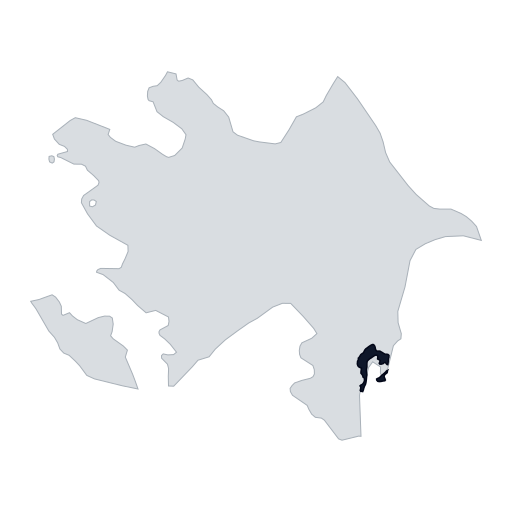 Lankaran District, Lankaran, Azerbaijan shown in context
{"feature_id": "54616110B17009633679109", "entity_name": "Lankaran District", "entity_type": "district", "adm_level": 2, "iso_a3": "AZE", "parent_name": "Azerbaijan", "parent_adm1": "Lankaran", "projection": "equal_earth", "projection_center": [49.011, 39.075], "detail": "fine", "context": "in_parent", "style": "filled", "palette": "ink", "viewbox_px": 512, "rotation_deg": 0, "n_neighbors": 0, "source": "geoboundaries", "source_scale": "gbopen_adm2", "svg_char_len": 4974}
<svg xmlns="http://www.w3.org/2000/svg" viewBox="0 0 512 512"><path d="M361.0,436.3L358.7,436.1L342.0,440.2L338.6,438.9L324.4,420.2L321.4,418.1L315.3,417.3L311.7,414.2L308.8,409.2L307.2,405.4L292.5,395.3L290.4,391.6L290.1,388.4L292.2,385.4L294.7,382.9L301.9,380.4L310.3,378.3L313.0,376.7L314.4,374.0L314.3,369.7L312.9,365.5L300.9,357.8L299.6,354.4L299.3,350.4L300.0,346.1L301.9,342.8L311.7,338.3L316.9,333.6L313.7,328.4L303.2,316.4L290.7,303.4L282.4,303.3L272.7,307.1L257.3,318.3L248.7,323.0L237.5,330.9L225.4,339.8L215.3,349.1L209.1,356.8L198.0,360.2L192.4,366.7L173.7,386.2L168.5,386.0L168.3,376.3L168.6,368.6L167.5,364.2L161.6,358.2L161.5,355.6L163.2,353.9L167.8,354.9L173.6,354.6L176.5,352.2L170.3,344.3L164.7,338.9L160.0,335.4L159.0,333.2L159.0,331.7L160.0,329.9L168.2,325.5L169.0,321.5L168.5,317.0L155.7,310.4L146.1,312.8L137.5,305.4L132.1,299.7L125.2,293.6L119.1,290.2L113.3,282.5L103.1,274.6L96.6,272.3L96.7,271.1L97.9,269.6L100.7,268.4L119.0,268.7L121.3,267.3L122.5,263.9L125.0,258.9L128.1,251.5L127.9,245.3L109.7,235.2L96.5,226.0L87.5,213.8L81.4,202.7L81.7,199.0L83.6,195.5L98.0,185.2L99.0,182.6L98.7,180.8L93.7,175.6L87.4,170.2L85.5,166.2L81.5,164.2L73.9,164.1L60.6,157.5L57.8,156.8L57.2,155.5L57.9,154.2L67.5,151.5L67.4,149.3L64.5,146.4L59.2,144.3L54.4,139.0L52.7,134.3L70.2,120.5L75.3,117.7L86.6,120.3L109.8,129.4L108.1,134.5L110.4,137.4L115.7,141.3L126.0,145.2L134.7,147.2L139.1,145.5L145.9,144.0L154.5,148.6L162.5,154.3L166.5,156.7L168.6,157.4L174.7,155.5L182.2,148.0L185.2,139.1L186.0,134.7L181.8,128.8L173.1,122.3L163.3,116.7L157.0,111.7L153.1,101.8L149.1,100.7L148.1,99.5L147.4,96.1L147.7,91.4L149.1,87.8L153.1,86.3L157.2,85.7L160.8,82.3L165.5,75.5L167.5,71.8L176.0,73.9L177.1,80.0L178.6,81.2L182.2,80.5L188.1,78.0L192.8,79.9L198.7,87.1L207.0,94.7L211.5,99.8L213.3,103.4L217.5,106.8L223.7,110.8L228.7,117.1L233.0,131.8L237.5,135.2L253.6,140.8L259.3,141.9L275.2,143.9L280.8,142.5L289.0,129.8L296.4,116.8L303.3,114.1L315.8,107.8L323.2,101.9L326.3,95.5L333.4,83.4L337.7,76.6L345.0,82.6L357.6,99.0L375.7,125.6L380.1,133.2L383.1,141.9L385.6,152.6L389.7,162.0L408.2,185.7L416.2,194.5L429.2,205.9L433.8,208.4L439.9,209.1L451.0,209.1L461.3,213.6L466.4,216.7L471.7,221.2L476.5,226.5L481.3,240.4L463.4,235.8L445.4,236.6L435.2,239.6L425.4,243.7L415.9,249.4L410.0,260.7L405.0,286.9L397.8,311.4L398.1,322.7L401.3,333.7L400.9,338.8L397.6,341.0L393.4,345.7L387.8,368.3L385.0,372.8L381.4,375.6L380.4,372.9L380.6,367.0L372.7,361.8L368.5,367.6L365.7,380.1L359.8,393.2L359.5,395.7L361.0,436.3ZM95.5,205.0L96.3,201.5L94.1,200.0L91.7,199.9L89.6,201.6L89.6,206.0L92.4,206.8L95.5,205.0ZM34.6,306.9L31.9,303.3L30.7,301.3L38.7,299.6L52.1,294.8L55.6,297.1L59.4,302.1L61.3,306.3L61.5,314.1L63.0,315.4L69.5,312.7L72.4,315.9L77.3,319.7L85.8,323.5L98.3,317.6L104.5,316.1L109.6,316.2L112.3,318.0L113.2,324.1L112.1,331.7L110.6,335.8L113.2,338.8L123.3,346.0L127.4,350.1L125.3,357.1L132.6,374.2L135.1,380.8L138.0,389.0L122.4,385.8L94.5,378.9L86.8,375.4L79.7,365.8L75.4,361.2L69.1,355.3L63.8,353.1L59.9,349.0L57.7,342.9L54.5,337.4L48.8,331.0L36.2,309.2L34.6,306.9ZM54.0,161.9L52.2,163.1L49.6,161.9L48.9,159.2L49.1,156.4L51.8,155.8L53.9,156.6L54.4,159.1L54.0,161.9Z" fill="#d9dde1" stroke="#a8b0b8" stroke-width="1"/><path d="M358.3,358.2L358.4,358.6L358.2,360.2L357.5,361.2L357.5,362.1L357.3,363.4L357.4,364.4L357.7,365.3L358.2,366.3L359.1,367.1L359.8,367.4L360.7,367.9L361.5,368.2L361.3,369.0L361.2,370.2L361.0,371.2L361.0,372.2L360.9,373.1L361.7,374.1L362.4,375.0L362.8,376.0L363.0,377.1L363.9,377.7L364.4,378.5L364.4,379.5L364.4,381.0L363.9,382.1L363.4,383.1L362.3,384.4L360.8,385.1L360.0,385.9L360.8,387.0L360.6,389.0L360.2,390.3L360.6,391.2L362.7,391.6L363.4,389.9L363.8,388.2L364.6,386.0L365.4,384.6L365.9,382.8L366.2,380.8L366.4,379.1L366.6,376.8L366.9,374.9L366.6,373.1L366.4,371.3L366.4,369.5L366.9,367.0L366.9,364.3L366.9,363.2L367.2,361.3L368.2,360.1L369.1,359.3L370.3,358.4L371.4,357.8L372.4,357.0L373.9,356.0L374.9,355.4L375.9,355.1L376.8,355.2L377.7,356.0L377.8,357.4L377.6,358.3L377.6,359.0L379.2,359.8L380.1,360.5L379.7,362.3L379.2,363.2L379.8,364.1L381.2,364.2L383.2,363.6L383.9,362.8L385.3,362.4L386.4,363.9L387.3,364.7L387.8,364.6L388.0,363.5L388.2,362.1L388.3,360.6L388.5,358.6L388.9,357.4L389.0,355.4L388.1,354.5L386.9,354.2L385.1,354.2L384.0,353.6L382.3,352.5L380.7,351.6L379.9,351.1L378.7,351.1L376.7,351.1L376.3,350.7L375.7,349.7L375.4,348.7L375.1,347.1L374.7,346.0L373.6,344.6L372.4,344.5L371.1,345.1L369.8,345.9L368.5,346.8L367.1,347.9L365.8,348.8L364.8,350.0L364.2,351.2L363.4,352.8L362.1,353.6L360.8,354.6L360.2,355.6L359.5,356.8L358.5,358.1L358.3,358.2ZM387.6,370.4L386.6,370.9L386.0,371.6L385.2,372.4L384.3,373.2L382.8,374.5L381.5,375.5L380.4,376.7L379.3,377.7L377.9,378.3L376.6,379.0L376.7,380.1L377.7,381.3L379.1,381.6L380.9,381.5L382.6,381.1L383.8,380.9L384.8,380.8L385.4,380.0L385.2,379.7L384.9,378.5L384.1,376.9L384.3,375.8L384.8,374.6L385.7,373.9L387.1,372.8L387.4,371.8L387.4,370.8L387.6,370.4Z" fill="#0f172a" stroke="#020617" stroke-width="1.5"/></svg>